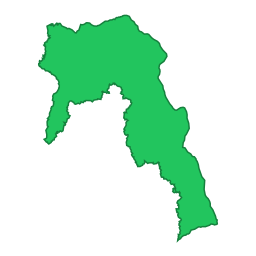 outline of San Felipe, Guainía, Colombia
{"feature_id": "7082276B30016646196042", "entity_name": "San Felipe", "entity_type": "district", "adm_level": 2, "iso_a3": "COL", "parent_name": "Colombia", "parent_adm1": "Guainía", "projection": "orthographic", "projection_center": [-67.469, 2.054], "detail": "fine", "context": "isolated", "style": "filled", "palette": "green", "viewbox_px": 256, "rotation_deg": 0, "n_neighbors": 0, "source": "geoboundaries", "source_scale": "gbopen_adm2", "svg_char_len": 5749}
<svg xmlns="http://www.w3.org/2000/svg" viewBox="0 0 256 256"><path d="M217.2,220.0L216.1,219.0L215.5,216.2L212.8,209.8L210.3,206.4L210.2,203.4L209.6,201.3L208.2,198.8L206.2,196.8L205.2,195.0L204.1,189.4L204.7,180.3L201.8,176.7L198.9,168.3L198.3,164.6L197.2,161.5L196.0,159.7L196.0,158.9L194.4,156.8L192.4,156.5L190.7,153.9L187.6,152.0L185.0,147.9L182.7,147.4L183.2,142.6L184.5,140.2L184.9,136.2L186.4,134.2L189.2,128.5L188.7,123.2L187.0,118.1L187.1,114.7L186.5,111.7L184.6,107.9L183.1,107.3L180.5,107.7L176.6,110.2L175.0,110.0L173.1,108.4L172.0,106.5L169.7,103.8L165.8,97.2L164.8,94.2L164.6,92.2L163.2,88.9L162.8,85.7L158.1,78.4L158.1,76.5L159.5,74.4L160.0,71.4L159.8,69.6L158.9,68.1L159.4,65.2L160.1,64.1L163.9,61.4L166.9,56.4L166.5,53.9L162.7,49.9L160.3,46.4L159.4,43.4L157.5,41.4L153.6,39.3L151.5,37.6L148.7,34.4L147.3,33.9L144.3,34.1L141.5,31.9L139.4,31.2L138.2,29.3L137.7,26.2L135.3,24.3L134.0,21.8L131.3,20.0L129.3,16.4L126.7,15.4L124.2,15.4L122.6,15.9L122.3,16.4L120.2,16.8L119.9,17.3L118.6,17.1L117.7,17.7L116.8,17.5L115.3,18.4L114.9,19.5L113.5,19.1L112.0,19.9L110.0,20.0L107.9,21.2L105.2,21.2L99.3,25.3L97.6,25.6L96.7,26.2L93.7,25.9L91.3,24.7L89.7,23.1L87.5,22.8L86.3,22.8L84.3,24.3L82.1,24.8L80.7,24.5L78.9,30.1L77.2,31.1L76.2,32.9L75.1,32.8L72.1,29.9L69.0,28.4L67.2,28.8L66.6,28.0L61.9,26.0L60.2,23.5L59.0,23.4L57.8,25.0L57.3,24.9L57.3,23.4L56.7,23.2L53.8,26.1L53.4,25.0L52.6,24.4L52.0,25.5L51.2,25.4L52.3,23.9L51.5,23.9L47.0,26.2L48.0,30.8L47.6,33.5L48.4,34.8L48.1,35.6L49.7,35.8L48.7,36.9L50.1,37.7L49.4,38.5L48.3,38.7L48.0,39.8L47.2,40.5L47.0,41.9L45.8,42.0L44.6,43.0L44.8,44.5L43.8,45.1L44.6,46.1L45.5,46.2L45.2,49.7L45.8,51.4L45.1,52.6L45.5,53.5L44.9,54.2L45.4,54.8L44.0,55.7L43.1,55.2L43.0,56.3L43.4,56.6L44.6,56.4L44.8,56.9L43.9,57.8L44.0,58.7L42.4,58.2L42.6,59.9L41.1,61.3L39.6,60.7L39.4,61.7L39.9,63.2L38.8,63.5L38.7,64.9L39.5,66.4L40.0,66.2L42.2,68.7L44.3,69.0L45.5,70.8L47.2,70.8L49.0,71.5L49.4,72.2L50.1,71.8L51.9,74.4L52.7,74.4L55.3,76.1L56.5,77.7L56.4,78.7L57.9,79.9L58.7,81.4L59.1,82.5L58.4,83.7L59.3,85.0L59.2,87.7L58.7,88.0L58.7,88.9L57.0,91.9L55.7,93.1L53.7,94.0L52.7,96.2L53.0,97.7L52.4,100.3L54.0,101.7L53.4,102.9L53.7,103.6L53.3,105.3L52.9,106.2L51.6,106.7L51.5,107.8L50.9,108.2L51.1,109.7L49.5,113.3L49.5,116.2L48.1,117.7L48.1,118.5L47.6,118.7L48.6,119.6L47.6,120.4L47.1,121.8L47.3,125.9L48.2,126.5L45.9,130.3L46.8,134.6L46.7,137.6L46.2,138.4L44.1,139.3L46.4,142.1L47.4,142.1L47.6,142.9L48.8,144.0L51.2,142.4L51.4,141.2L52.4,141.0L52.9,140.0L54.2,139.8L54.4,138.1L56.6,136.3L55.7,133.9L57.4,133.3L56.5,132.4L57.3,131.5L58.9,132.3L60.2,130.9L61.6,131.7L63.0,130.7L63.9,125.3L65.0,125.3L65.5,124.4L64.1,122.4L65.8,122.8L66.6,121.9L67.3,118.8L68.9,118.1L70.0,115.7L68.4,114.9L68.0,113.8L68.5,112.8L66.8,111.2L66.8,110.2L67.6,109.8L66.9,107.6L67.5,107.3L67.4,106.3L68.3,105.4L68.5,102.7L70.0,101.0L71.7,101.0L72.3,101.8L73.8,102.3L74.4,103.8L75.7,104.2L78.3,103.2L79.7,103.9L80.7,103.1L81.0,101.8L83.2,102.6L84.3,101.0L85.1,101.4L85.8,100.5L90.8,100.6L92.3,101.8L94.1,100.0L97.6,99.5L97.7,98.9L100.9,99.4L101.1,98.1L102.0,97.0L101.6,96.0L102.6,94.5L102.6,93.0L102.0,91.8L102.8,91.3L103.9,92.3L105.8,92.3L106.8,93.2L107.9,92.5L108.5,93.2L109.3,93.2L109.0,91.9L108.1,91.7L107.1,90.8L107.6,89.1L108.7,88.5L109.4,84.4L109.7,84.1L110.6,85.1L111.2,85.1L112.8,84.2L113.2,83.2L114.5,84.3L114.8,83.4L117.1,85.8L118.2,86.4L119.4,86.4L121.3,87.5L121.3,88.9L122.3,89.6L122.0,90.8L121.3,91.5L121.7,92.1L120.6,93.2L121.6,94.2L123.0,94.4L123.7,95.9L122.8,96.9L123.1,98.8L124.1,98.5L124.9,98.7L125.7,97.8L129.1,99.5L129.9,99.5L130.8,100.3L130.8,102.3L131.7,102.8L131.1,104.9L130.0,105.4L130.0,106.5L128.9,107.2L128.9,107.9L128.1,108.2L128.1,108.8L126.4,109.3L126.1,111.4L126.5,112.5L125.8,112.2L125.3,112.7L124.4,112.2L123.9,112.6L124.3,113.8L123.8,118.0L124.6,118.4L125.0,119.9L126.7,119.2L127.2,120.1L128.0,120.4L126.8,121.3L126.0,122.6L126.2,125.2L123.9,129.1L124.9,130.0L124.9,130.5L123.9,131.2L124.9,134.3L126.2,135.3L127.4,134.6L128.1,134.9L127.8,136.8L126.6,138.5L127.2,139.4L126.3,142.2L126.7,145.4L128.0,146.0L128.3,146.6L130.0,146.8L130.1,148.5L131.2,150.2L131.1,151.8L132.6,153.5L131.6,154.4L131.8,155.3L132.9,157.0L133.8,156.9L133.7,158.0L134.4,159.6L135.2,160.1L135.6,161.8L136.2,162.1L135.6,162.6L136.3,163.1L137.2,165.2L137.7,165.2L137.7,166.5L140.0,166.5L142.6,165.2L142.8,164.2L144.2,163.8L144.7,162.6L144.6,160.8L147.7,163.4L148.7,162.9L151.6,162.7L152.2,163.0L153.1,162.5L153.4,163.9L153.9,164.0L156.8,163.5L157.5,162.5L158.4,162.1L159.2,162.8L158.7,163.6L159.4,166.3L160.3,166.5L160.0,167.6L159.6,167.5L159.6,168.6L161.3,170.2L160.5,171.1L161.1,173.6L160.4,173.9L161.4,177.1L163.6,177.3L163.8,179.0L166.2,179.0L168.0,180.9L169.2,180.3L169.9,180.5L170.5,181.3L170.1,182.5L171.2,184.3L172.8,184.0L173.9,185.1L174.4,184.7L174.3,185.7L175.6,188.3L175.3,189.6L174.5,188.3L173.5,188.3L172.9,188.9L173.3,190.1L172.7,191.3L173.6,192.3L174.3,192.7L175.4,192.4L176.0,191.4L176.8,192.6L177.8,192.0L179.0,192.8L179.4,191.9L180.0,192.8L179.5,195.7L180.6,196.2L181.6,197.5L180.0,199.4L177.9,200.8L177.1,202.4L177.0,203.0L178.3,204.2L178.0,205.3L178.7,205.3L178.7,208.9L176.2,208.8L176.6,211.2L177.3,211.9L177.0,212.5L177.9,212.7L178.4,213.9L177.7,214.9L178.5,217.2L179.8,218.2L180.4,218.2L181.3,219.7L180.9,220.6L179.2,221.5L179.8,222.6L179.1,223.5L179.0,225.2L180.2,226.3L179.3,227.7L180.5,230.7L179.8,232.2L180.1,233.7L179.4,234.6L178.3,234.4L178.6,236.1L178.3,236.6L178.8,237.3L178.1,238.1L177.7,240.6L178.8,239.5L180.5,238.7L181.5,237.1L183.6,235.5L185.9,235.1L187.1,234.0L188.3,234.0L189.5,233.2L191.1,230.1L194.7,229.2L198.8,226.7L200.8,227.2L202.3,226.6L205.3,226.7L209.6,225.2L211.0,224.0L213.6,224.4L214.3,224.9L216.6,224.4L217.3,223.9L216.9,221.3L217.2,220.0Z" fill="#22c55e" stroke="#15803d" stroke-width="1.5"/></svg>